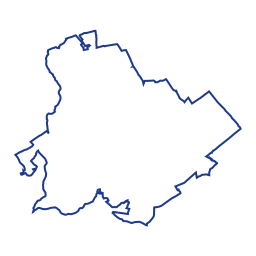 outline of Epureni, Vaslui, Romania
{"feature_id": "2599482B68083638568596", "entity_name": "Epureni", "entity_type": "district", "adm_level": 2, "iso_a3": "ROU", "parent_name": "Romania", "parent_adm1": "Vaslui", "projection": "mercator", "projection_center": [27.894, 46.246], "detail": "fine", "context": "isolated", "style": "outline", "palette": "blue", "viewbox_px": 256, "rotation_deg": 0, "n_neighbors": 0, "source": "geoboundaries", "source_scale": "gbopen_adm2", "svg_char_len": 5638}
<svg xmlns="http://www.w3.org/2000/svg" viewBox="0 0 256 256"><path d="M209.1,91.4L201.2,97.4L192.0,103.5L188.3,97.7L186.3,99.8L184.5,102.2L183.9,101.3L180.8,99.2L180.3,98.8L179.8,98.1L179.6,98.1L178.3,95.1L177.6,94.1L176.5,91.6L176.3,90.9L175.7,91.2L175.4,90.7L174.1,90.4L173.6,90.1L172.9,89.3L171.5,87.4L166.9,80.3L165.9,79.1L164.1,80.2L162.5,80.8L160.5,80.6L159.9,80.8L158.9,81.5L156.9,82.3L155.8,82.1L155.3,82.3L154.7,81.2L153.7,80.5L149.7,80.8L144.6,80.9L144.4,81.0L144.1,82.6L143.5,84.0L142.8,81.1L142.4,80.3L139.4,75.7L138.5,74.9L137.2,72.1L133.4,66.4L132.8,66.5L133.0,66.3L133.0,65.5L130.4,59.4L130.4,59.1L126.0,50.1L124.5,50.1L121.6,50.9L119.0,46.6L117.8,44.8L117.1,44.1L105.4,46.0L104.7,46.3L103.8,45.8L96.6,47.8L96.7,46.6L96.4,45.4L96.3,42.6L96.2,42.3L96.4,40.9L96.5,38.6L96.3,38.0L96.4,37.6L96.1,36.9L96.4,35.7L96.0,34.8L95.9,33.7L95.6,33.1L95.7,32.5L95.4,31.8L95.6,31.4L95.6,30.9L95.3,30.7L86.5,33.0L83.9,33.1L82.2,34.3L80.2,34.8L79.7,35.4L79.6,35.8L79.8,36.2L82.5,39.6L81.5,40.6L83.5,43.3L85.1,46.0L86.9,45.4L87.1,45.6L89.0,44.9L89.2,45.3L89.7,45.6L89.2,45.9L89.0,46.2L88.9,46.1L88.6,46.1L88.3,46.5L87.3,46.7L87.8,49.2L83.8,50.0L83.7,49.3L83.4,48.9L83.6,48.0L81.0,44.9L81.3,44.2L82.9,43.5L75.7,35.3L72.3,36.7L67.3,38.2L66.2,38.7L66.6,39.2L66.5,39.5L65.8,40.1L64.2,42.7L61.6,44.5L60.5,44.7L59.6,46.1L59.0,46.6L58.7,47.3L59.7,48.4L58.6,48.0L57.4,48.1L55.9,47.1L55.6,47.1L54.3,47.8L52.3,48.3L48.2,50.1L47.8,51.3L48.0,51.9L47.8,52.8L48.1,53.2L48.3,54.3L47.6,55.3L47.0,55.6L46.5,57.2L46.1,57.9L46.0,58.7L46.4,60.9L46.2,64.2L46.3,65.1L47.9,68.4L48.4,68.8L49.3,70.3L49.8,72.2L50.6,72.5L52.1,74.0L53.0,74.5L53.0,75.3L53.9,77.1L54.6,77.5L54.9,78.1L54.9,79.2L55.6,80.5L56.7,81.1L57.8,83.2L60.2,86.5L60.6,88.5L60.2,89.8L59.4,90.4L58.8,91.7L58.8,93.3L60.4,96.3L60.5,98.3L60.3,99.6L58.6,103.4L57.6,105.0L55.2,106.7L55.2,107.2L55.4,107.5L55.4,107.9L55.0,109.1L54.5,109.9L54.5,110.7L54.9,111.6L54.5,112.2L53.5,112.7L52.4,113.6L50.2,113.9L48.6,113.5L47.2,114.7L46.8,116.1L46.7,117.2L46.9,118.4L46.7,119.1L47.3,119.8L47.4,120.9L46.9,122.4L47.0,123.8L47.8,130.6L48.3,131.8L48.3,132.4L48.8,133.4L48.3,133.0L46.9,130.9L40.8,135.2L39.8,135.5L35.9,138.1L30.6,141.8L33.2,144.7L32.2,146.3L27.0,149.3L23.8,150.3L22.0,151.4L21.8,151.3L19.7,152.3L15.4,154.8L17.5,157.3L18.9,159.9L19.3,161.1L20.4,163.0L22.3,164.6L24.0,166.4L24.5,167.9L24.8,169.2L24.8,170.1L24.0,170.8L23.8,170.8L23.4,170.5L23.6,171.3L23.4,171.9L22.4,173.0L20.8,173.3L21.1,174.5L21.4,174.7L22.3,174.6L25.5,173.0L27.4,175.4L30.0,175.7L31.1,175.3L31.8,174.7L35.0,170.5L33.2,169.6L33.0,169.2L34.8,168.9L35.7,169.4L36.9,166.6L36.4,166.2L36.2,165.8L33.8,164.3L32.8,163.0L31.0,161.0L32.0,159.8L34.0,158.1L34.6,156.7L35.9,155.0L36.1,153.6L36.4,153.2L36.7,152.1L37.2,151.4L38.2,150.6L38.5,151.5L39.2,152.6L45.2,158.8L46.7,162.4L46.7,163.3L45.0,165.5L44.6,166.3L45.0,169.8L46.2,173.6L46.1,174.4L45.8,176.5L45.5,177.2L43.3,181.7L43.4,183.0L43.0,185.1L43.2,186.9L43.2,188.8L43.9,190.4L44.8,191.8L45.1,192.0L45.5,192.8L45.6,195.2L45.4,196.2L43.2,197.3L42.1,198.1L41.2,198.7L40.8,199.1L40.6,199.7L39.2,200.5L37.7,200.7L37.4,201.1L35.9,203.4L35.0,204.4L34.3,206.8L33.3,208.1L33.4,208.4L34.1,209.5L33.3,211.0L33.1,211.9L33.4,211.7L34.5,210.4L36.6,209.2L37.4,208.4L38.5,207.9L39.4,207.9L42.8,209.0L45.6,209.2L48.7,208.6L50.2,208.0L52.2,207.6L53.3,207.7L54.9,207.3L56.9,208.2L57.9,209.2L59.3,210.1L59.5,210.6L60.2,211.5L60.5,212.3L61.2,213.1L61.7,213.5L64.9,214.7L66.2,214.7L68.3,213.9L71.1,214.2L74.6,213.2L76.1,212.5L77.7,211.4L78.4,210.7L79.1,209.1L79.8,208.4L81.1,208.0L82.2,208.1L82.7,207.8L82.9,207.3L83.3,207.1L83.7,206.5L84.7,204.4L85.4,203.9L86.9,203.9L87.8,203.7L89.2,203.2L91.9,201.8L92.9,201.5L93.3,200.4L93.8,199.6L95.0,197.2L96.1,196.3L96.4,194.3L97.3,192.8L97.3,191.5L97.8,189.9L98.1,189.7L99.9,189.3L100.2,191.7L99.9,192.0L98.8,192.2L98.8,193.2L99.0,193.4L100.3,193.7L100.8,193.7L100.8,192.8L100.9,192.7L101.4,192.7L101.4,193.2L102.7,193.1L102.7,196.3L102.9,197.0L103.3,197.2L103.7,198.5L105.8,198.0L107.2,198.2L108.5,200.2L107.8,200.7L108.0,201.1L106.3,201.9L110.4,205.4L112.0,207.1L116.9,207.1L117.1,206.6L120.6,204.1L120.7,203.6L121.0,203.3L122.4,202.7L123.4,203.0L124.8,201.9L124.8,202.3L125.7,201.6L126.8,200.6L127.6,200.3L127.6,200.9L127.2,201.0L127.3,201.7L128.4,201.9L128.9,202.2L129.0,202.5L128.9,203.1L127.6,205.4L127.4,206.6L126.5,208.2L129.3,208.9L127.9,212.8L127.9,214.0L113.9,212.0L113.2,211.9L113.0,212.1L112.6,213.0L113.8,213.8L114.7,215.0L116.5,216.6L119.6,218.7L122.2,219.4L123.2,221.0L123.7,221.1L126.9,221.3L131.4,223.0L131.9,223.0L134.8,222.1L138.8,221.8L139.6,221.9L142.2,222.9L145.6,224.9L146.8,225.3L146.8,224.0L147.0,223.5L149.1,222.1L149.8,221.5L152.5,218.2L153.6,216.5L154.0,214.9L154.0,213.5L154.2,210.1L154.1,207.7L154.3,207.4L157.0,207.1L159.7,206.5L161.7,205.6L171.8,198.3L175.1,196.6L180.1,193.5L180.5,193.1L180.2,192.0L179.2,190.9L178.6,189.6L177.6,190.2L175.4,186.4L184.3,182.8L195.9,172.5L196.8,177.7L198.2,176.7L200.5,175.9L201.8,174.9L206.5,174.4L207.0,174.4L208.0,175.0L209.3,175.2L209.2,173.9L209.2,172.6L210.3,169.1L212.6,167.7L215.4,164.6L216.3,164.1L217.1,163.2L216.5,162.5L215.9,162.3L215.3,161.7L214.9,161.6L214.6,161.1L214.3,161.1L213.9,160.8L213.5,160.8L212.8,160.3L212.2,160.6L211.7,160.3L211.3,159.9L211.7,159.7L211.8,159.2L210.7,158.4L209.9,158.3L209.7,158.1L209.7,157.7L209.3,157.4L208.9,157.9L208.3,157.7L207.4,156.9L206.3,156.5L211.2,152.6L211.8,152.8L212.8,150.9L213.1,151.0L215.8,149.0L219.5,145.8L228.8,138.5L234.2,133.9L240.6,128.8L240.6,128.5L239.9,127.2L238.7,126.3L237.7,124.3L233.9,120.0L231.9,118.1L231.4,116.8L230.6,115.9L225.6,110.8L224.4,109.0L217.8,102.4L209.1,91.4Z" fill="none" stroke="#1e3a8a" stroke-width="2"/></svg>